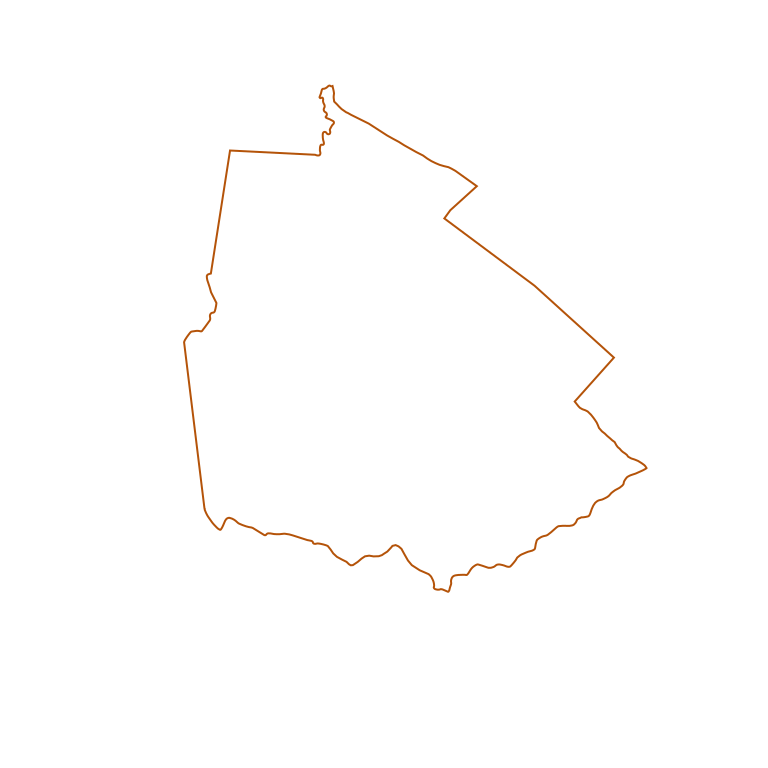 outline of Valladolid, Lempira, Honduras, rotated 126°
{"feature_id": "27666195B50240677201560", "entity_name": "Valladolid", "entity_type": "district", "adm_level": 2, "iso_a3": "HND", "parent_name": "Honduras", "parent_adm1": "Lempira", "projection": "robinson", "projection_center": [-88.707, 14.154], "detail": "fine", "context": "isolated", "style": "outline", "palette": "amber", "viewbox_px": 768, "rotation_deg": 126, "n_neighbors": 0, "source": "geoboundaries", "source_scale": "gbopen_adm2", "svg_char_len": 6166}
<svg xmlns="http://www.w3.org/2000/svg" viewBox="0 0 768 768"><g transform="rotate(126 384 384)"><path d="M591.1,455.2L593.0,452.0L594.2,449.6L594.8,448.1L596.7,442.6L597.2,441.0L597.7,438.9L598.4,435.0L598.6,433.1L598.4,431.2L598.3,430.9L598.0,430.6L597.5,430.5L597.1,430.5L595.4,430.6L593.1,431.0L588.3,432.1L587.2,432.2L586.1,432.2L584.9,431.9L583.9,431.3L583.6,431.0L583.2,430.5L582.8,429.5L582.2,427.6L581.9,425.4L581.9,423.5L582.2,420.6L582.2,419.6L582.0,418.6L581.3,415.6L580.2,411.9L579.2,409.3L578.0,406.9L577.6,405.5L576.6,392.2L576.5,391.8L576.2,391.3L575.8,390.9L575.4,390.8L574.4,390.7L573.7,390.5L573.1,390.1L572.6,389.5L571.6,388.0L570.0,384.7L568.7,382.7L566.8,380.1L563.9,376.9L563.3,376.0L562.7,374.8L561.4,372.3L560.1,368.8L555.3,354.2L554.8,353.2L554.0,351.4L553.5,350.2L553.5,349.6L553.5,349.2L553.7,348.7L554.2,348.1L554.4,347.6L554.4,347.1L554.3,346.6L553.7,345.6L552.1,344.1L551.3,342.8L550.5,341.2L549.4,338.6L548.5,336.0L548.1,334.3L548.2,333.9L549.3,329.9L550.9,325.5L551.5,320.5L550.7,314.5L549.9,309.8L550.4,306.3L550.2,304.3L548.8,302.7L543.4,300.7L538.4,299.5L534.6,298.1L531.6,295.1L529.6,291.1L526.4,287.0L523.7,285.1L521.4,284.3L517.6,282.8L512.0,282.1L510.0,282.0L507.5,279.9L506.8,276.8L507.1,273.0L509.8,267.3L512.7,260.9L514.2,255.0L513.7,245.6L511.6,236.1L511.9,233.6L512.3,232.3L513.1,230.7L514.0,229.0L514.8,227.8L515.9,226.5L517.3,225.2L518.0,224.7L518.8,224.4L519.4,224.1L519.7,223.6L519.9,223.0L519.9,222.2L519.7,221.5L519.0,219.9L518.2,218.8L517.6,218.2L516.6,217.5L516.2,216.8L515.8,215.9L515.1,212.9L514.6,210.6L514.5,210.2L514.4,210.0L514.0,209.8L513.7,209.8L512.6,209.9L509.9,211.0L507.3,211.8L506.2,212.2L505.6,212.6L504.7,213.4L504.0,214.0L502.6,214.7L501.1,215.1L500.3,215.2L499.6,215.1L498.6,214.9L497.7,214.4L496.9,213.8L496.1,213.0L494.7,211.5L491.8,207.8L491.0,206.7L490.2,205.2L489.9,204.9L489.6,204.7L489.2,204.6L487.6,204.5L482.9,204.8L481.1,204.7L479.5,204.4L477.7,203.8L476.5,203.3L475.5,202.7L474.9,202.2L474.5,201.3L473.2,197.5L471.6,192.3L471.3,191.5L470.8,190.8L470.1,189.8L469.5,189.2L467.6,187.8L466.5,187.3L464.7,186.8L464.2,186.6L463.6,186.2L462.8,185.4L462.3,184.8L461.8,183.9L460.9,181.9L460.2,180.0L459.6,177.7L459.2,176.7L458.8,175.9L458.4,175.4L457.9,174.9L457.4,174.6L456.9,174.5L455.6,174.3L452.1,174.0L449.2,173.9L446.1,174.2L444.3,173.7L442.5,173.2L441.0,172.5L437.0,170.1L435.1,168.9L433.0,167.2L431.6,166.1L430.6,165.6L429.4,165.1L428.7,165.1L427.8,165.4L424.2,167.2L421.0,168.4L419.9,168.5L418.1,168.0L415.9,167.1L414.6,166.4L413.2,165.4L411.4,163.8L410.6,163.3L409.8,162.9L405.7,161.7L398.9,160.2L397.9,159.9L396.9,159.5L396.3,159.1L393.7,156.1L392.4,154.3L390.6,151.7L389.6,150.4L388.5,149.3L387.5,148.4L386.4,147.8L384.7,147.5L383.5,147.4L382.6,147.5L380.7,147.9L380.2,148.0L379.5,147.9L378.6,147.6L376.8,146.4L375.9,146.0L374.6,144.3L373.1,142.8L371.3,141.2L370.5,140.8L369.6,140.7L368.6,140.8L367.0,141.2L363.2,142.4L359.4,143.2L356.8,143.3L356.0,143.3L355.1,143.1L353.6,142.7L352.3,142.1L351.2,141.3L349.5,139.8L348.4,139.1L346.2,137.9L344.1,136.9L343.1,136.6L342.0,136.3L339.7,136.1L338.6,136.0L336.1,135.3L334.0,134.6L330.3,132.8L329.1,132.3L327.6,131.9L326.2,131.5L324.8,131.4L324.0,131.5L322.3,132.3L321.0,132.6L319.4,132.7L317.7,132.7L316.6,132.6L315.9,132.4L314.4,131.7L313.1,131.0L311.5,129.9L308.6,127.8L304.1,125.2L301.8,123.9L298.9,122.5L298.3,122.3L297.7,122.2L296.8,124.6L296.6,125.9L296.6,129.0L296.9,133.2L297.8,136.9L298.9,140.2L299.3,143.7L298.6,145.9L298.5,148.2L298.6,150.9L298.4,152.9L298.0,154.5L297.8,155.7L297.7,157.6L297.0,159.9L295.4,163.3L295.4,166.2L295.1,169.0L294.8,173.0L294.3,176.3L294.2,179.8L293.2,184.2L291.5,186.9L290.2,189.2L289.1,192.1L288.2,194.8L287.2,198.4L286.5,203.1L286.9,205.6L287.8,208.7L288.1,211.5L287.7,213.7L286.1,219.4L227.5,213.5L216.0,320.0L214.6,432.5L204.4,432.5L169.4,425.2L169.6,451.6L170.1,455.9L170.7,459.3L172.5,463.6L174.0,467.8L175.0,472.1L175.8,476.6L176.2,481.5L176.2,486.7L177.4,494.3L179.0,508.0L179.4,514.3L180.3,520.8L181.1,527.6L182.3,549.4L185.6,568.9L186.0,572.6L186.4,574.3L186.5,579.9L186.0,583.4L185.4,586.3L184.8,590.3L182.1,592.9L180.7,593.9L178.2,595.3L176.5,597.0L173.2,600.8L173.7,601.1L174.1,601.5L174.3,602.0L174.4,603.0L174.6,603.5L174.9,603.8L175.8,604.2L177.7,604.6L179.0,605.1L180.1,605.8L181.2,607.0L181.7,607.2L182.2,607.2L182.8,607.1L186.0,605.8L189.7,604.8L190.0,604.6L190.1,604.3L190.2,603.7L189.9,603.2L189.1,602.8L188.7,602.4L188.6,602.0L188.6,601.7L188.9,601.1L189.5,600.5L190.6,599.9L191.4,599.2L192.2,598.2L193.3,596.1L194.1,595.3L195.0,594.8L196.2,594.6L196.8,594.4L197.4,594.1L197.9,593.6L198.3,593.0L198.5,592.4L198.6,591.9L198.5,590.8L198.6,590.0L198.9,589.3L199.4,588.7L199.9,588.4L200.4,588.2L200.8,588.1L201.6,588.3L201.9,588.3L202.3,588.1L202.5,587.8L202.6,587.3L202.5,586.5L201.7,583.4L201.3,580.4L201.2,579.4L201.3,579.0L201.5,578.6L201.9,578.2L202.4,577.9L203.0,577.8L203.8,577.8L204.7,578.0L205.4,578.0L207.5,577.8L209.9,577.4L210.5,577.0L211.3,576.0L212.0,575.4L212.7,575.1L213.5,575.0L213.9,575.2L214.4,575.5L214.7,575.9L214.9,576.4L215.0,577.0L214.9,577.4L214.6,578.4L214.5,578.9L214.6,579.5L214.8,580.0L215.1,580.4L215.5,580.7L216.1,580.9L216.6,580.9L217.3,580.7L218.5,580.0L220.8,578.2L222.4,576.6L223.9,574.7L224.4,574.3L225.0,573.8L225.6,573.7L226.1,573.8L226.5,574.1L226.9,574.9L227.3,575.4L227.9,575.6L228.5,575.5L229.2,575.3L230.1,574.9L232.1,573.6L232.9,573.0L234.2,571.5L235.0,570.9L235.9,570.6L236.3,570.6L236.8,570.7L237.2,570.9L237.6,571.3L238.2,572.1L238.7,573.2L239.0,574.4L285.6,645.8L396.4,589.0L397.6,590.0L399.1,590.9L399.9,591.0L400.8,590.8L401.7,590.1L402.4,589.5L403.9,587.9L408.2,581.9L411.4,577.9L412.0,576.8L416.9,567.3L417.1,567.1L419.1,566.0L422.1,564.6L424.2,563.8L425.0,563.6L425.4,563.6L425.9,563.7L426.4,563.9L427.4,564.9L427.9,565.2L428.7,565.5L429.5,565.5L430.4,565.3L431.2,564.9L431.8,564.4L432.7,563.5L433.4,562.9L434.3,562.5L435.0,562.3L442.0,562.3L448.0,562.4L448.6,562.6L449.0,563.0L450.1,565.3L450.7,566.2L451.3,567.0L454.4,570.2L455.0,570.7L455.7,570.9L456.4,571.0L459.1,571.1L462.0,571.1L465.4,570.9L466.8,570.6L467.7,570.3L590.1,456.2L590.3,455.7L590.6,455.4L591.1,455.2Z" fill="none" stroke="#b45309" stroke-width="2"/></g></svg>